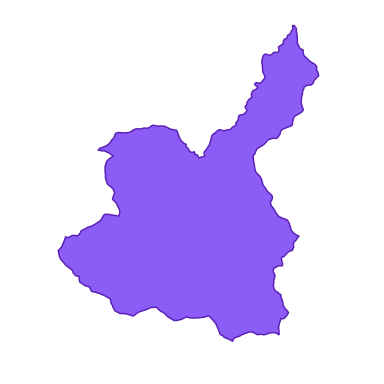 outline of Doban, Geylegphug, Bhutan, rotated 263°
{"feature_id": "84629894B43838221922230", "entity_name": "Doban", "entity_type": "district", "adm_level": 2, "iso_a3": "BTN", "parent_name": "Bhutan", "parent_adm1": "Geylegphug", "projection": "robinson", "projection_center": [90.384, 27.056], "detail": "fine", "context": "isolated", "style": "filled", "palette": "violet", "viewbox_px": 384, "rotation_deg": 263, "n_neighbors": 0, "source": "geoboundaries", "source_scale": "gbopen_adm2", "svg_char_len": 6033}
<svg xmlns="http://www.w3.org/2000/svg" viewBox="0 0 384 384"><g transform="rotate(263 192 192)"><path d="M292.0,331.9L295.9,331.5L296.9,330.9L298.1,330.6L298.6,330.6L300.9,331.1L302.0,330.7L303.0,330.1L304.3,328.9L306.0,326.5L307.2,325.2L309.0,323.6L310.9,322.2L313.6,319.8L316.1,319.3L318.2,319.4L319.0,319.6L319.5,319.5L320.2,318.6L320.4,317.4L322.2,316.3L323.8,315.7L324.7,315.7L325.5,315.2L326.3,314.8L330.3,315.0L333.8,315.4L336.7,315.4L338.1,315.1L341.3,315.5L341.8,315.4L342.9,314.7L344.0,314.1L344.6,314.0L344.8,313.4L344.9,312.7L345.0,312.3L344.5,312.0L342.1,312.1L340.8,311.4L339.5,310.1L337.9,309.3L336.6,308.4L336.3,307.5L336.3,306.8L335.7,306.0L334.9,305.5L333.8,305.3L333.0,304.8L332.6,303.9L332.5,302.6L332.2,302.1L331.0,301.2L329.0,300.9L328.0,300.3L327.3,299.4L326.3,296.9L325.5,295.7L324.5,295.4L322.8,295.7L321.0,295.2L320.6,294.8L320.3,294.2L320.1,293.1L320.5,292.1L320.7,291.0L320.0,289.4L319.1,288.3L318.6,287.4L318.3,286.5L318.3,285.8L318.6,284.9L319.8,282.4L319.8,280.9L319.6,280.4L317.9,278.9L313.0,277.1L307.9,277.3L304.8,277.0L302.2,277.0L300.8,277.4L299.9,277.9L296.8,278.4L296.4,278.3L295.5,277.5L294.9,276.7L293.2,275.2L292.0,273.5L291.7,272.5L291.7,272.0L292.5,269.9L292.6,269.5L292.5,268.7L292.0,267.8L291.4,267.5L290.6,267.6L289.6,268.4L288.7,269.7L288.0,269.8L287.0,269.1L286.0,267.7L285.5,266.4L285.3,265.3L284.9,264.7L284.0,264.0L281.7,262.8L278.7,262.8L277.9,261.9L277.1,260.1L275.0,258.0L274.3,257.6L273.4,257.4L272.0,257.0L271.5,256.5L270.7,255.4L269.9,255.1L269.3,255.2L268.5,255.5L267.4,256.2L266.4,256.3L265.7,256.0L264.7,255.2L263.7,254.1L262.8,252.4L262.6,251.4L262.5,248.9L262.1,247.9L261.0,247.3L258.8,246.9L257.7,246.5L255.5,244.3L254.5,243.8L253.2,243.6L252.6,243.3L251.8,240.9L251.5,240.3L250.8,239.3L249.8,238.3L249.5,237.5L249.3,235.9L249.3,233.8L248.9,231.6L249.1,230.5L250.4,227.4L250.5,226.8L250.3,225.9L249.2,223.9L247.5,221.6L246.8,220.0L246.2,219.2L244.9,218.3L241.8,217.3L239.4,216.1L236.5,214.9L235.0,213.5L232.4,211.4L230.6,209.3L229.1,208.6L228.7,208.6L227.0,209.0L226.4,209.0L225.9,208.3L225.6,206.2L225.5,204.9L224.9,203.1L227.4,202.1L228.4,201.5L228.6,201.0L228.7,199.6L229.1,199.3L230.7,199.5L231.4,199.3L231.7,198.6L231.2,197.9L231.4,196.4L232.0,195.3L234.0,194.0L235.6,193.5L237.0,192.3L238.2,191.6L238.8,191.6L240.0,192.0L241.2,190.0L244.3,187.4L245.3,186.9L249.3,185.7L252.3,185.1L254.6,184.4L255.3,184.0L256.6,179.3L258.2,176.5L260.0,173.9L260.7,172.3L261.2,170.1L261.4,166.5L262.7,162.7L263.0,160.8L261.4,157.7L260.7,156.0L261.3,152.3L260.8,148.0L261.3,146.2L261.5,144.1L260.5,140.6L259.3,138.6L258.8,137.0L258.7,134.9L258.8,132.8L259.2,130.2L259.8,127.7L260.0,126.0L259.7,123.8L258.2,122.4L256.4,121.8L255.0,120.8L253.6,118.9L250.8,116.6L249.2,114.5L248.2,112.3L247.7,110.7L246.5,105.6L245.0,104.1L243.9,107.6L243.5,109.9L241.1,114.0L239.9,115.5L237.5,117.8L236.8,117.6L236.4,116.8L235.8,115.1L234.5,113.2L233.7,112.1L232.4,110.8L227.7,108.8L221.7,108.2L220.1,108.3L216.6,107.8L213.6,108.3L210.5,109.0L209.4,109.6L206.9,112.3L204.9,113.8L203.3,114.6L200.6,115.1L199.2,114.5L196.9,113.1L195.9,112.9L195.0,112.3L194.2,112.4L193.7,112.7L192.7,113.7L191.0,115.1L188.8,116.0L183.3,117.8L180.9,118.0L177.6,116.8L177.2,116.2L177.5,114.8L180.1,105.8L180.5,103.3L180.4,102.7L179.6,101.5L177.6,99.9L175.7,98.7L174.2,96.6L171.9,91.9L170.3,88.2L169.9,85.4L169.5,83.7L168.7,82.0L167.1,77.6L166.3,76.7L164.7,75.9L162.9,73.8L162.6,73.0L162.8,71.4L163.3,69.8L163.4,68.5L163.2,66.9L162.0,64.6L162.1,62.4L162.8,61.0L162.1,60.8L160.0,59.6L157.5,58.4L156.1,57.3L154.6,57.0L152.1,54.5L150.1,52.1L144.8,52.5L141.6,53.3L134.4,58.0L129.2,63.5L126.0,64.3L123.0,66.5L121.7,70.0L119.3,69.3L116.2,69.7L112.2,74.2L110.3,78.6L105.7,80.1L104.1,84.2L102.3,88.3L100.0,92.2L97.0,96.3L96.0,97.7L94.8,98.1L91.7,98.1L88.9,99.3L87.1,99.5L85.5,100.4L83.6,100.8L80.3,105.6L79.2,111.5L76.1,118.6L79.4,124.7L80.8,132.1L82.4,137.5L81.9,142.6L77.0,146.7L76.6,148.1L74.7,150.0L71.1,152.8L66.7,158.5L66.4,160.1L66.4,162.2L66.8,165.1L67.4,167.7L68.7,170.9L67.1,175.5L66.9,176.8L66.5,180.7L66.3,184.0L66.3,188.8L67.0,193.1L66.6,193.9L64.1,195.9L58.9,199.4L52.8,201.3L47.4,202.5L45.5,205.0L45.3,205.9L44.1,205.9L40.7,211.7L39.2,213.6L39.0,214.3L40.7,214.9L41.8,216.1L42.5,218.3L43.1,221.6L44.0,223.5L44.7,225.7L46.2,232.1L45.2,235.7L42.4,239.6L42.4,243.3L41.6,245.6L41.6,247.4L42.6,251.6L42.5,255.4L42.1,258.0L40.0,260.4L40.1,261.2L47.2,261.5L49.2,262.1L51.2,262.8L53.4,264.0L55.5,264.6L55.1,266.4L55.4,268.2L56.4,269.5L58.5,271.6L60.3,273.0L62.1,272.3L64.4,270.6L66.5,269.5L68.4,268.7L70.8,268.7L74.2,268.3L76.1,267.5L79.3,267.6L80.4,266.1L82.3,264.8L82.7,263.8L83.6,262.8L84.8,262.1L86.1,261.7L89.3,261.3L90.5,261.6L91.4,262.0L94.2,262.4L95.8,263.2L98.7,264.1L99.3,264.2L100.4,263.7L102.8,263.0L104.4,263.0L106.8,264.3L106.9,265.4L107.2,266.8L108.2,268.0L107.8,272.8L109.5,273.2L114.8,272.5L116.2,273.1L117.0,275.9L118.7,277.6L120.3,279.6L121.2,281.2L121.8,284.5L123.0,285.0L123.8,285.7L124.5,286.1L127.9,286.3L128.8,286.5L130.0,287.4L131.3,289.1L134.0,291.5L134.7,292.4L135.3,292.6L137.0,289.8L138.1,288.7L138.6,288.0L142.0,285.8L145.3,285.4L148.4,284.8L151.4,283.8L152.8,282.9L153.6,281.5L155.0,278.5L155.8,277.1L157.9,274.6L161.5,272.6L165.3,271.1L169.0,268.9L172.6,268.5L173.5,269.6L174.9,270.5L176.7,271.2L178.6,271.0L184.3,266.3L187.1,265.3L190.1,263.4L195.8,262.6L197.5,262.1L199.5,261.2L203.5,258.1L205.0,257.5L208.2,257.2L211.6,257.1L215.0,256.9L219.5,257.0L220.8,257.4L222.6,259.3L224.9,260.4L226.8,261.7L228.3,264.3L229.4,267.3L230.4,269.2L231.7,270.8L234.1,273.3L234.8,274.8L235.2,277.4L235.4,279.2L234.9,282.6L236.4,284.5L238.7,286.4L241.0,287.2L242.1,287.8L243.7,290.3L243.7,291.5L244.9,295.3L245.1,297.4L245.6,298.2L245.8,299.0L246.4,299.8L247.0,299.8L252.5,301.6L254.0,302.6L255.2,304.0L255.9,306.2L257.5,309.7L259.1,312.0L260.1,312.5L264.6,311.5L267.5,311.3L268.7,311.4L273.2,312.5L275.9,313.6L278.2,313.9L280.2,315.2L282.3,316.1L282.8,316.7L283.8,319.2L283.8,323.3L284.4,324.4L285.0,325.3L286.3,325.8L288.3,327.3L292.0,331.9Z" fill="#8b5cf6" stroke="#5b21b6" stroke-width="1.5"/></g></svg>